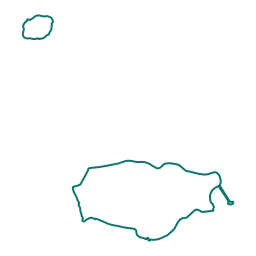 outline of Ly Son, Vietnam
{"feature_id": "81297802B63810165613250", "entity_name": "Ly Son", "entity_type": "district", "adm_level": 2, "iso_a3": "VNM", "parent_name": "Vietnam", "parent_adm1": "", "projection": "natural_earth1", "projection_center": [109.112, 15.401], "detail": "fine", "context": "isolated", "style": "outline", "palette": "teal", "viewbox_px": 256, "rotation_deg": 0, "n_neighbors": 0, "source": "geoboundaries", "source_scale": "gbopen_adm2", "svg_char_len": 3219}
<svg xmlns="http://www.w3.org/2000/svg" viewBox="0 0 256 256"><path d="M135.4,161.8L131.2,160.9L127.8,160.7L124.2,161.4L121.4,162.4L119.3,163.2L113.7,164.4L106.6,165.8L99.0,167.1L90.0,168.0L88.8,168.5L88.4,168.8L88.1,169.7L88.0,170.3L87.6,171.1L86.9,172.4L85.3,175.6L80.8,183.7L80.3,184.4L79.7,184.8L79.0,185.2L73.9,186.7L73.2,187.1L72.9,187.4L72.8,187.8L73.0,189.2L73.5,191.1L74.1,192.7L75.0,194.1L76.8,197.7L77.2,199.4L78.0,200.8L79.3,203.3L79.1,203.8L78.7,204.2L78.8,205.6L79.4,206.5L80.0,207.8L80.3,208.8L80.4,211.2L81.1,213.2L81.6,215.1L81.7,216.0L82.4,217.0L82.8,218.2L82.9,218.6L82.4,219.7L82.3,220.3L82.5,220.8L83.1,221.3L83.8,221.5L84.5,221.3L85.4,220.5L86.5,219.7L88.6,218.6L89.8,217.9L90.6,217.8L91.8,217.8L92.9,218.2L95.4,219.2L95.6,219.0L95.9,218.7L96.2,218.7L103.1,221.5L108.4,223.9L112.6,225.1L117.7,226.0L123.4,227.3L125.4,227.6L129.4,228.2L132.9,228.7L134.4,228.9L135.5,229.7L136.1,230.5L136.3,231.6L136.5,233.6L137.1,235.0L139.0,236.7L140.7,237.5L142.4,237.7L143.6,238.1L144.3,238.5L145.6,239.0L146.2,239.0L146.2,238.4L146.7,238.1L147.4,238.0L148.3,238.2L148.7,238.6L148.5,239.1L148.4,239.8L148.5,240.1L148.5,240.3L149.3,240.6L149.8,240.5L150.7,239.7L151.3,239.6L152.1,239.8L153.9,239.8L158.6,239.2L161.6,237.9L167.1,235.4L168.2,234.5L172.1,231.1L174.2,229.0L177.8,222.5L179.1,220.6L179.8,219.8L180.8,219.1L182.1,218.3L182.9,218.1L183.7,218.2L184.3,218.2L186.2,217.7L186.8,217.5L192.0,212.8L192.8,212.0L193.8,211.1L195.4,209.9L196.5,209.6L197.3,209.7L199.4,210.4L201.2,211.6L201.9,211.9L202.9,211.9L208.6,211.3L210.1,211.1L213.2,210.7L213.4,210.5L213.1,210.0L213.1,209.4L213.8,206.9L213.8,206.5L212.4,203.6L211.9,203.4L211.4,203.0L211.0,202.4L210.6,201.3L210.3,200.5L210.0,197.6L210.0,195.5L210.2,194.7L210.7,193.2L212.5,189.9L215.1,187.9L217.8,186.3L218.4,186.0L224.7,195.3L228.8,201.9L228.6,202.3L228.1,202.8L227.9,203.1L227.9,203.6L228.2,203.8L229.2,204.4L230.4,204.5L232.4,204.0L233.1,203.5L233.2,203.0L233.2,202.3L233.1,201.9L232.6,201.7L231.7,201.8L230.6,201.9L229.9,201.7L219.5,185.3L220.2,184.3L220.7,182.6L220.7,180.4L219.8,176.7L218.8,174.9L218.0,173.8L217.3,173.2L215.9,172.3L213.7,172.3L211.8,173.0L210.0,173.5L208.4,174.0L206.0,174.5L203.8,174.5L199.6,174.0L194.6,172.8L189.8,171.6L186.7,171.1L185.2,170.3L183.2,168.6L180.8,166.4L178.7,164.9L176.3,164.2L172.6,163.6L170.0,163.2L168.3,163.3L166.3,163.5L164.7,163.8L162.8,165.2L161.7,166.3L160.3,167.6L158.3,168.3L156.9,168.3L154.9,167.2L151.8,165.5L150.0,164.1L147.6,163.1L145.4,162.3L143.5,162.0L140.1,161.9L137.9,162.1L135.4,161.8ZM42.9,16.3L39.5,15.5L38.0,15.4L36.6,15.7L35.1,16.3L32.9,18.2L31.8,18.9L29.4,20.1L28.5,19.5L27.6,19.4L27.1,19.8L26.8,20.7L26.7,21.2L24.9,22.5L23.1,25.5L23.1,26.3L23.3,27.0L23.7,28.5L23.8,29.3L23.7,30.2L22.8,33.4L22.8,34.5L23.0,35.4L23.3,36.1L23.7,36.9L24.4,37.5L25.4,38.1L26.5,38.4L29.0,38.4L29.7,38.3L30.8,38.4L32.1,38.8L34.4,39.1L35.9,38.9L37.7,38.3L38.2,38.4L38.8,38.8L39.0,39.1L41.8,38.5L43.5,38.1L44.3,37.7L46.2,35.8L47.5,34.9L48.6,34.6L49.0,34.1L49.2,33.3L49.3,32.8L50.3,31.2L51.0,30.2L51.3,29.6L51.4,27.9L51.6,26.8L51.8,25.0L51.7,23.5L52.3,22.7L52.8,22.0L52.7,20.7L52.4,19.5L51.6,18.2L50.5,17.3L47.4,16.1L46.2,16.1L45.4,16.4L44.6,16.5L42.9,16.3Z" fill="none" stroke="#0f766e" stroke-width="2"/></svg>